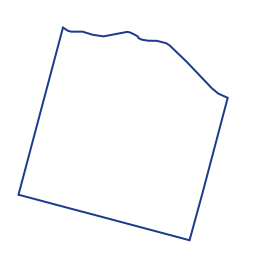 Sheboygan, Wisconsin, United States of America, rotated 285°
{"feature_id": "52423323B63289928917909", "entity_name": "Sheboygan", "entity_type": "district", "adm_level": 2, "iso_a3": "USA", "parent_name": "United States of America", "parent_adm1": "Wisconsin", "projection": "natural_earth1", "projection_center": [-87.8, 43.717], "detail": "fine", "context": "isolated", "style": "outline", "palette": "blue", "viewbox_px": 256, "rotation_deg": 285, "n_neighbors": 0, "source": "geoboundaries", "source_scale": "gbopen_adm2", "svg_char_len": 464}
<svg xmlns="http://www.w3.org/2000/svg" viewBox="0 0 256 256"><g transform="rotate(285 128 128)"><path d="M35.2,39.5L35.5,216.5L83.9,216.8L182.9,216.5L184.6,206.3L188.2,198.5L207.1,167.6L218.4,147.1L219.8,143.1L219.7,133.5L217.6,125.1L216.9,118.6L217.5,115.0L218.8,113.8L219.6,111.5L220.7,105.9L220.8,105.6L220.7,102.5L210.2,80.7L208.9,69.8L209.3,59.3L206.4,48.5L206.3,45.1L208.2,39.2L83.6,39.4L35.2,39.5Z" fill="none" stroke="#1e3a8a" stroke-width="2"/></g></svg>